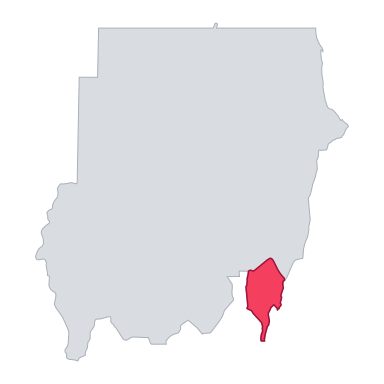 location of Blue Nile within Sudan
{"feature_id": "SDN-148", "entity_name": "Blue Nile", "entity_type": "State", "adm_level": 1, "iso_a3": "SDN", "parent_name": "Sudan", "parent_adm1": "", "projection": "equal_earth", "projection_center": [34.239, 11.094], "detail": "fine", "context": "in_parent", "style": "filled", "palette": "rose", "viewbox_px": 384, "rotation_deg": 0, "n_neighbors": 0, "source": "natural_earth", "source_scale": "10m", "svg_char_len": 5282}
<svg xmlns="http://www.w3.org/2000/svg" viewBox="0 0 384 384"><path d="M264.6,340.8L261.1,340.8L260.7,339.7L260.8,336.6L261.2,334.3L262.5,330.7L262.1,328.7L262.3,325.8L261.4,322.6L253.0,313.3L251.4,310.7L246.8,308.3L247.6,305.7L245.8,286.6L246.7,284.5L247.0,281.1L247.0,278.2L248.1,273.3L248.2,271.2L239.3,271.1L239.1,273.2L239.5,275.6L239.5,276.5L227.1,276.6L232.1,284.0L232.3,287.3L232.0,291.4L232.0,294.0L232.3,295.7L233.6,299.1L233.6,299.7L233.2,300.5L224.4,310.5L222.9,315.1L221.7,317.5L219.1,321.6L211.0,332.3L209.7,333.0L203.6,333.4L203.0,333.6L202.5,334.1L202.2,334.0L197.0,327.7L188.1,320.2L182.3,324.1L180.6,325.5L180.6,329.2L179.7,331.0L178.1,333.0L173.8,334.3L171.5,335.4L168.8,337.5L166.2,340.9L166.0,342.7L166.3,344.2L151.3,344.2L150.3,342.9L148.2,337.3L146.7,337.6L133.0,337.0L131.1,337.5L127.2,339.9L125.2,340.2L123.2,339.2L116.1,328.1L114.6,326.7L113.0,324.1L111.5,322.9L110.9,322.1L110.8,320.9L110.9,318.4L110.4,316.9L109.2,316.6L99.6,319.1L98.2,318.9L96.2,319.3L95.5,319.8L94.7,321.2L94.5,324.3L94.2,325.8L93.5,327.5L90.7,331.2L90.1,332.9L90.2,337.0L90.0,339.1L89.5,340.1L88.3,341.7L87.9,342.6L87.3,348.0L85.8,351.2L85.4,352.3L85.3,354.6L85.1,355.4L80.7,357.2L79.1,358.4L78.1,360.2L77.8,361.0L75.9,360.3L73.6,359.8L69.0,359.3L67.2,358.4L66.4,357.2L66.7,353.9L66.2,353.2L65.5,352.7L65.0,351.3L65.1,349.6L67.6,345.9L68.1,343.9L68.8,334.5L68.7,331.7L66.8,326.4L62.6,317.4L61.5,315.6L56.2,308.2L55.6,307.1L54.3,304.0L55.8,297.1L55.9,295.2L55.6,293.2L54.2,291.8L53.0,291.6L51.4,289.8L50.4,288.9L49.5,287.3L48.9,285.0L49.4,277.0L49.1,275.9L47.8,275.6L47.4,275.0L47.5,273.5L46.8,268.9L46.1,265.1L46.5,263.0L45.4,260.1L43.2,258.9L38.9,259.8L37.5,259.7L36.6,259.1L35.9,258.1L35.6,256.8L36.0,255.0L37.3,251.5L38.9,248.7L42.0,246.2L42.9,244.8L43.4,243.3L43.5,241.5L43.3,239.7L43.0,238.0L42.1,235.8L41.3,233.2L41.3,231.5L41.8,230.2L42.6,228.7L45.8,225.7L49.0,223.3L49.6,222.4L49.4,221.4L47.9,219.3L47.6,215.4L46.8,212.6L48.5,210.6L49.7,209.8L51.5,209.2L52.3,208.3L52.5,206.7L52.5,205.1L53.2,203.9L54.1,201.4L54.9,200.3L57.3,197.3L57.9,195.4L58.1,193.6L57.5,188.1L59.0,185.7L60.8,183.8L63.4,184.0L67.4,183.5L70.1,182.7L72.0,182.8L76.4,183.8L76.9,183.4L77.2,181.9L79.2,77.2L97.3,77.3L97.6,77.1L98.6,28.1L212.3,28.1L213.3,27.9L215.1,23.4L215.9,23.0L217.0,23.3L217.4,24.4L216.5,28.1L315.7,28.1L315.9,33.7L316.8,38.1L319.6,44.5L322.1,48.0L322.9,49.9L323.0,50.7L322.9,51.6L322.2,50.6L320.9,50.0L320.8,53.0L321.4,59.1L322.4,63.4L321.7,67.4L321.9,74.2L323.2,82.3L323.0,87.5L325.1,99.6L327.2,106.3L328.3,108.0L329.6,108.8L332.0,109.4L335.6,112.8L338.4,116.5L339.4,118.4L340.8,120.4L341.7,120.1L342.3,119.5L343.2,121.2L347.7,124.8L348.4,126.5L346.8,128.1L345.0,131.0L344.1,133.6L343.6,134.5L342.1,136.1L341.9,136.9L341.2,137.5L340.6,137.5L339.0,138.4L337.7,138.1L336.3,138.6L335.8,139.2L334.7,139.8L333.2,140.1L330.9,142.3L328.9,143.4L328.2,144.3L327.1,148.8L326.4,149.9L323.4,150.1L321.9,150.4L319.9,150.0L318.9,150.0L318.7,151.0L318.3,154.8L318.4,156.4L316.7,160.8L317.3,169.0L315.7,175.1L315.4,176.6L313.8,181.4L313.0,183.2L310.9,192.3L310.1,195.1L308.3,198.1L310.2,220.0L308.8,226.7L308.8,230.4L307.8,235.8L307.0,238.3L305.6,241.4L304.5,244.7L303.5,249.2L302.9,257.7L302.6,258.4L297.2,259.5L295.5,260.1L294.4,261.0L293.0,263.2L290.3,269.2L288.9,272.8L286.6,277.8L284.0,281.3L283.4,283.1L283.0,286.3L282.1,291.3L281.2,295.0L281.3,297.9L280.5,302.9L280.6,305.3L279.7,306.7L278.5,308.0L277.6,308.3L273.9,305.0L271.3,307.3L269.6,310.6L268.3,313.8L269.1,320.8L269.0,322.4L268.6,324.0L266.1,330.9L265.4,334.0L264.6,339.5L264.6,340.8Z" fill="#d9dde1" stroke="#a8b0b8" stroke-width="1"/><path d="M284.7,280.0L284.3,280.2L283.5,280.8L283.3,281.3L283.0,281.9L282.8,282.5L282.7,283.1L282.7,283.6L282.8,284.5L282.8,285.6L282.9,286.1L283.3,287.1L283.3,287.6L283.3,288.1L280.9,295.0L280.9,295.5L281.0,296.2L281.4,296.7L281.6,297.2L281.5,298.0L280.3,302.8L280.3,303.1L280.5,303.5L281.0,304.0L281.1,304.4L281.0,305.2L280.7,305.8L279.7,306.9L279.3,307.3L279.2,307.6L279.2,307.9L279.1,308.4L278.9,308.8L278.7,308.8L278.5,308.7L278.1,308.8L277.9,309.0L277.7,309.8L277.5,310.0L277.3,309.9L277.3,309.5L277.4,308.8L277.2,308.4L277.0,308.1L276.4,307.6L274.2,305.0L273.9,304.9L273.6,305.0L271.4,307.1L271.0,307.5L270.7,308.0L270.0,309.9L268.4,312.9L268.3,313.8L268.3,314.8L269.3,320.4L269.3,321.5L269.1,322.6L269.1,322.8L268.9,323.0L268.8,323.4L268.9,324.0L268.9,324.3L268.4,325.2L267.3,326.5L265.0,335.3L264.4,339.0L264.5,341.0L261.3,341.0L261.2,340.9L261.1,340.7L260.9,339.9L260.9,338.7L261.0,336.8L261.4,334.5L262.6,331.3L262.6,331.0L262.7,330.9L262.7,330.7L262.5,330.1L262.4,329.6L262.3,328.9L262.5,327.2L262.6,326.7L262.5,326.0L262.4,325.6L261.6,322.8L261.3,322.3L257.3,317.9L253.2,313.4L251.7,311.0L251.6,310.9L251.4,310.7L247.2,308.7L247.1,308.2L247.2,307.8L247.7,306.7L247.8,306.4L247.8,305.9L246.9,296.5L246.0,287.2L246.0,286.8L246.1,286.6L246.2,286.4L246.4,286.0L246.6,285.6L246.9,284.9L246.9,284.6L247.2,281.3L247.2,278.4L248.3,273.5L248.4,271.4L248.9,270.9L249.2,270.6L249.6,270.4L250.0,270.3L250.4,270.2L251.0,270.3L253.1,271.0L253.7,271.0L254.0,270.8L267.6,259.7L270.0,258.3L270.6,258.3L271.3,258.5L272.0,259.0L272.6,259.7L273.5,261.0L277.7,269.5L280.0,273.2L282.1,275.9L283.8,277.7L284.0,277.9L284.4,278.8L284.7,280.0L284.7,280.0Z" fill="#f43f5e" stroke="#9f1239" stroke-width="1.5"/></svg>